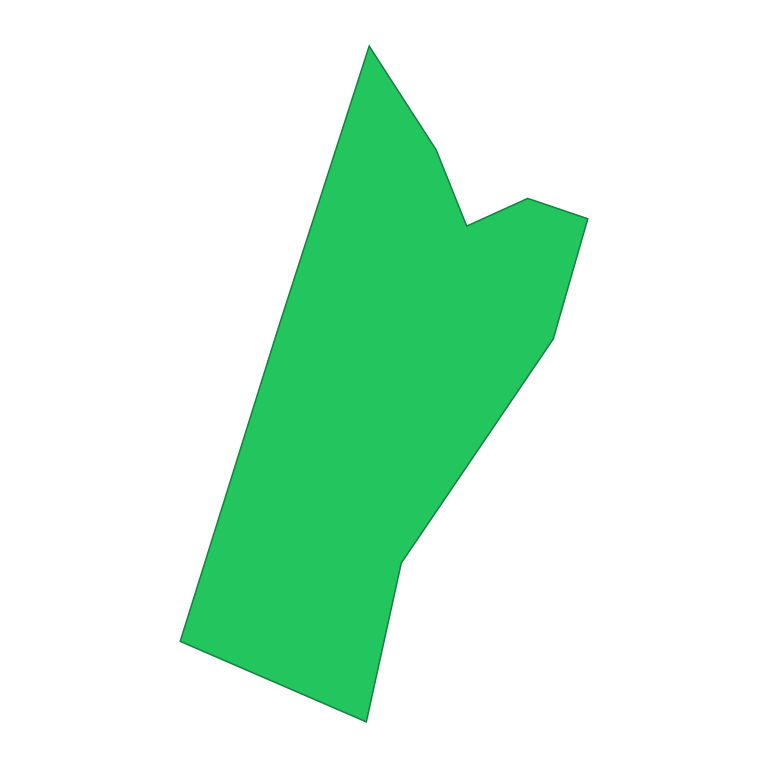 map outline of Ngchesar (Robinson projection)
{"feature_id": "PLW-5255", "entity_name": "Ngchesar", "entity_type": "state/province", "adm_level": 1, "iso_a3": "PLW", "parent_name": "Palau", "parent_adm1": "", "projection": "robinson", "projection_center": [134.604, 7.467], "detail": "fine", "context": "isolated", "style": "filled", "palette": "green", "viewbox_px": 768, "rotation_deg": 0, "n_neighbors": 0, "source": "natural_earth", "source_scale": "10m", "svg_char_len": 263}
<svg xmlns="http://www.w3.org/2000/svg" viewBox="0 0 768 768"><path d="M587.8,218.8L553.3,338.9L401.3,563.0L366.3,721.9L180.2,641.4L277.7,329.9L369.2,46.1L436.2,149.9L466.7,226.1L527.7,198.4L587.8,218.8Z" fill="#22c55e" stroke="#15803d" stroke-width="1.5"/></svg>